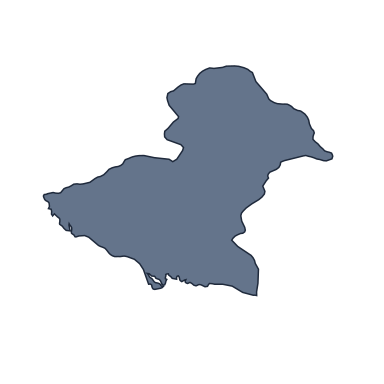 the Regional Council of Otago, rotated 76°
{"feature_id": "NZL-3407", "entity_name": "Otago", "entity_type": "Regional Council", "adm_level": 1, "iso_a3": "NZL", "parent_name": "New Zealand", "parent_adm1": "", "projection": "orthographic", "projection_center": [169.783, -45.312], "detail": "fine", "context": "isolated", "style": "filled", "palette": "slate", "viewbox_px": 384, "rotation_deg": 76, "n_neighbors": 0, "source": "natural_earth", "source_scale": "10m", "svg_char_len": 3853}
<svg xmlns="http://www.w3.org/2000/svg" viewBox="0 0 384 384"><g transform="rotate(76 192 192)"><path d="M308.1,154.3L307.3,155.9L307.0,157.5L301.7,167.1L293.1,175.7L288.9,184.6L287.0,192.3L285.9,194.5L285.0,197.2L286.0,198.6L287.3,199.8L287.1,202.3L284.3,205.6L283.6,207.1L283.5,208.2L283.8,209.4L284.0,210.8L282.9,212.7L280.8,214.2L279.2,215.8L279.7,218.4L278.8,219.7L277.9,220.3L276.8,220.2L275.6,219.2L275.6,220.4L275.9,221.5L276.5,223.6L275.3,224.7L274.3,225.1L271.6,225.0L270.1,225.5L270.1,226.7L271.2,227.7L272.9,228.0L271.1,231.9L270.5,232.4L269.6,232.7L268.7,233.3L267.1,234.6L266.5,234.8L266.0,234.7L265.7,234.7L265.5,235.6L265.5,236.7L265.6,237.2L265.9,237.5L266.6,237.5L267.7,238.0L268.7,238.6L269.7,238.8L270.7,237.6L272.0,238.8L274.0,239.8L275.5,241.0L275.5,242.4L274.2,243.4L270.5,244.1L269.0,244.9L267.5,247.2L267.0,247.9L266.3,248.1L265.5,248.3L264.7,248.7L263.8,251.4L260.9,253.3L260.2,255.1L261.6,254.4L264.3,253.7L266.6,251.7L270.0,250.4L271.1,249.4L272.2,247.0L273.2,245.7L274.2,245.0L275.1,244.8L276.0,244.3L276.8,242.8L277.6,244.2L277.8,245.8L277.5,251.7L276.8,253.1L275.7,253.6L274.1,253.8L272.6,253.6L272.3,253.8L271.5,254.4L271.1,255.1L271.1,255.9L271.0,256.4L255.4,257.9L249.0,260.1L243.4,264.1L239.1,270.4L237.9,272.9L237.6,274.2L237.3,277.4L236.7,279.4L236.5,280.4L236.0,282.6L234.6,284.7L232.9,286.3L231.3,287.3L227.4,289.0L225.5,290.1L223.9,292.1L222.6,294.1L221.2,295.7L210.9,303.1L208.3,306.7L207.3,312.3L207.5,315.2L207.2,316.3L205.1,317.0L203.3,318.6L202.7,318.9L201.5,318.7L199.0,317.7L197.7,317.4L196.4,317.6L194.3,318.6L193.1,318.9L194.3,319.4L200.2,319.7L198.8,323.4L196.4,325.0L193.8,326.1L191.3,328.2L190.3,328.1L188.4,327.3L186.3,326.8L184.7,327.5L183.8,328.4L179.9,330.8L180.3,331.3L181.1,332.5L181.5,333.0L179.5,333.7L177.0,332.9L174.7,332.8L173.4,335.3L171.8,334.0L171.4,333.8L168.8,333.4L167.5,333.5L166.5,334.2L165.0,335.9L164.1,336.5L163.3,336.8L160.7,337.2L159.7,337.0L158.7,336.0L159.0,333.9L158.8,332.6L158.7,332.6L158.9,326.9L160.1,324.6L161.0,321.8L160.9,319.6L157.8,315.4L157.4,313.1L157.4,310.3L156.7,307.5L155.8,304.8L156.3,301.5L157.4,298.8L157.8,295.7L157.9,288.7L155.5,282.8L154.7,279.8L154.8,277.1L153.9,273.4L151.8,269.8L149.9,267.0L149.2,263.6L149.1,260.4L149.4,257.4L149.0,254.7L148.0,252.4L145.8,250.3L144.5,248.9L144.1,245.1L143.7,243.0L143.5,241.0L143.5,238.0L143.9,234.6L145.0,229.8L149.6,220.2L154.7,206.3L157.9,203.3L156.5,198.8L149.5,191.1L146.8,189.5L143.4,191.3L135.2,203.5L131.9,205.2L129.0,204.7L126.4,203.7L124.5,199.9L119.6,193.1L117.3,187.7L115.6,186.8L102.4,193.2L97.4,193.6L94.4,193.5L90.6,191.6L89.5,188.4L89.4,185.4L86.9,180.4L85.5,176.8L85.1,173.7L87.7,164.5L87.5,162.5L83.1,160.6L81.0,158.6L78.8,155.8L77.3,152.5L76.4,149.0L75.9,144.9L77.4,140.8L78.5,132.2L78.2,128.3L80.0,120.2L81.4,116.2L84.0,111.5L86.5,108.2L89.0,106.3L90.7,104.5L100.3,103.3L115.2,95.8L120.2,95.0L122.3,93.7L125.2,90.6L126.9,87.9L128.7,82.7L129.2,80.5L129.9,78.2L131.3,76.5L133.1,74.7L135.8,73.1L138.5,69.7L139.3,67.7L140.1,66.6L143.7,63.6L147.3,62.0L150.5,61.4L154.3,61.6L159.2,60.8L162.0,59.2L164.3,59.1L165.7,60.1L167.6,61.2L170.2,61.9L173.2,60.2L175.7,58.2L179.0,56.6L181.8,54.6L184.1,53.4L185.6,51.3L186.7,49.1L188.0,47.2L190.0,46.8L191.4,46.8L193.7,48.2L194.3,54.1L193.4,56.8L191.4,60.1L190.1,63.0L188.5,65.1L186.6,68.1L185.6,70.2L184.1,72.7L183.9,75.1L183.9,94.6L184.2,97.2L184.6,98.8L187.0,99.8L189.2,101.8L190.4,104.6L191.6,111.7L193.1,113.7L194.8,114.7L197.0,114.4L199.1,117.3L203.4,121.9L209.0,121.1L211.5,122.3L213.8,125.3L215.6,129.1L218.0,136.9L220.6,143.3L222.9,147.0L224.5,149.1L226.9,150.4L232.3,150.8L239.0,149.4L241.9,149.5L243.4,150.5L244.3,152.7L244.0,155.0L244.5,158.0L245.2,160.8L246.9,163.6L248.4,165.1L255.9,160.8L267.8,150.0L270.5,148.7L273.6,147.9L276.6,147.9L283.0,146.2L296.5,150.1L304.5,153.5L308.1,154.3Z" fill="#64748b" stroke="#1e293b" stroke-width="1.5"/></g></svg>